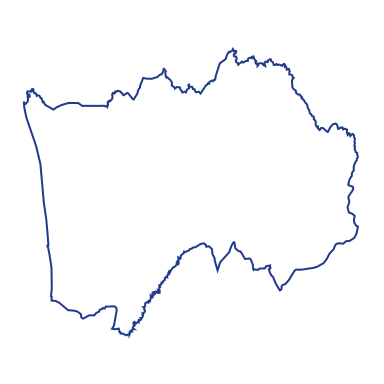 the district of Lamae, Chumphon, Thailand, rotated 179°
{"feature_id": "78962969B32380434667170", "entity_name": "Lamae", "entity_type": "district", "adm_level": 2, "iso_a3": "THA", "parent_name": "Thailand", "parent_adm1": "Chumphon", "projection": "equal_earth", "projection_center": [99.012, 9.761], "detail": "fine", "context": "isolated", "style": "outline", "palette": "blue", "viewbox_px": 384, "rotation_deg": 179, "n_neighbors": 0, "source": "geoboundaries", "source_scale": "gbopen_adm2", "svg_char_len": 5933}
<svg xmlns="http://www.w3.org/2000/svg" viewBox="0 0 384 384"><g transform="rotate(179 192 192)"><path d="M334.1,89.7L334.3,85.9L330.0,85.4L326.3,83.3L318.0,76.0L311.7,75.4L308.5,74.3L305.2,71.8L304.9,68.6L303.2,67.3L296.9,70.5L291.8,70.4L289.8,72.8L287.0,74.0L286.7,75.3L285.9,76.0L283.5,76.8L283.3,77.5L281.3,77.0L280.3,78.9L271.2,79.0L269.6,77.3L269.4,74.8L272.4,59.5L274.3,56.7L271.6,56.1L267.6,56.7L267.0,53.3L266.2,53.1L265.9,51.7L263.8,51.7L260.1,49.8L257.2,51.3L257.1,50.2L256.6,51.3L256.8,53.1L254.7,53.4L255.2,54.1L254.3,54.0L254.5,55.0L253.8,56.0L252.3,55.9L253.2,56.6L253.4,58.3L250.9,60.2L251.9,60.0L252.6,60.9L251.8,61.3L252.7,62.0L252.4,62.9L251.7,63.2L250.9,61.7L250.0,61.6L248.2,63.3L247.5,62.8L247.4,65.0L246.4,64.6L245.3,65.2L245.0,65.7L245.6,66.8L244.6,66.7L243.7,67.6L243.6,71.0L242.9,70.3L242.6,72.0L241.5,72.9L241.0,74.4L242.1,76.2L241.7,77.2L242.5,77.8L241.3,78.0L240.8,78.8L240.8,81.4L238.9,82.7L237.6,82.1L237.3,83.8L236.0,83.3L234.9,87.4L235.1,88.7L233.6,87.2L233.1,87.7L233.6,90.0L233.1,92.3L231.1,92.7L231.3,90.4L230.3,91.3L229.6,93.1L228.5,92.5L227.9,93.1L227.5,91.6L226.9,91.7L227.5,94.1L226.1,93.0L226.5,97.2L225.5,97.6L226.4,99.2L224.2,100.2L224.2,101.9L222.7,102.1L222.3,103.6L220.7,104.5L220.7,106.5L219.5,107.4L218.5,107.1L218.8,108.0L218.1,108.2L217.9,109.6L216.4,110.1L217.1,111.7L216.5,112.7L216.0,111.9L215.3,112.0L215.1,113.8L214.3,114.0L212.3,117.0L211.0,117.3L208.8,119.3L208.6,121.0L208.2,121.0L208.2,120.2L207.0,119.9L206.4,122.0L207.9,122.9L206.6,124.0L206.9,126.9L204.8,125.6L204.1,129.0L201.4,130.8L200.9,132.6L199.6,132.1L195.8,133.8L195.1,135.0L193.0,135.4L192.5,136.3L189.4,136.8L184.3,139.9L180.9,140.4L178.9,138.6L178.7,137.1L175.9,137.4L172.9,134.4L172.7,129.7L170.6,125.7L170.4,122.8L167.8,113.2L165.1,121.2L155.8,131.2L153.6,137.2L152.2,139.9L150.9,141.1L150.4,140.5L149.7,135.1L146.6,132.1L144.4,131.6L140.1,124.1L135.7,124.5L134.5,123.6L132.3,117.9L132.4,115.2L131.7,113.0L130.7,113.6L127.4,112.9L126.0,114.2L120.4,114.4L119.2,116.4L115.2,117.2L115.5,115.6L115.0,115.3L115.0,114.2L116.5,113.4L115.6,110.1L113.8,106.7L112.6,106.0L110.1,99.5L105.9,92.1L104.9,92.5L104.3,93.5L103.9,96.5L102.8,97.5L100.3,98.3L96.8,102.1L91.1,111.1L89.6,112.6L83.9,112.4L71.6,114.1L68.4,115.0L61.9,118.4L58.8,122.1L55.5,128.1L51.3,132.4L49.9,136.0L48.7,137.5L46.1,138.2L41.6,137.7L38.9,140.1L35.3,140.3L30.5,143.3L28.2,147.5L26.7,154.6L28.3,155.2L30.4,158.8L30.6,160.9L29.8,165.3L32.1,167.5L35.3,168.6L36.8,173.8L35.0,179.0L35.0,180.7L35.8,183.1L35.4,185.2L31.5,190.6L30.7,192.9L31.1,194.4L35.3,196.0L35.7,196.8L34.0,202.4L31.9,205.4L31.7,208.4L29.8,211.0L29.9,214.1L28.9,217.2L27.9,219.6L26.8,220.4L26.6,222.2L25.5,224.4L26.1,226.1L26.1,228.0L27.7,229.0L27.8,230.4L28.7,231.8L28.2,234.5L28.9,235.3L28.2,238.0L28.7,239.5L28.1,242.2L28.8,243.2L29.2,246.3L30.5,247.2L32.7,245.2L33.3,247.9L34.0,248.1L35.3,246.4L36.2,249.2L35.9,251.6L37.8,252.6L39.9,252.0L40.1,253.4L40.9,254.1L41.8,253.5L43.0,253.7L43.6,252.7L44.8,252.6L45.8,256.7L47.2,258.0L49.9,257.3L52.6,254.3L54.9,249.9L55.5,249.7L60.2,253.8L61.8,253.7L63.3,251.8L64.9,253.3L64.8,255.3L66.1,255.0L67.2,257.0L67.1,260.6L69.1,263.1L68.7,264.0L69.1,265.3L70.7,265.9L71.4,267.6L72.8,268.6L73.4,271.9L74.6,273.8L75.5,277.6L77.5,279.8L78.7,282.2L79.8,282.8L80.2,284.4L80.8,284.2L81.0,285.8L81.7,286.0L82.5,287.5L84.2,287.6L86.1,289.1L86.5,291.6L88.7,293.2L89.8,294.9L90.1,301.9L88.5,304.1L89.3,304.2L89.3,305.8L90.1,307.4L92.6,307.8L92.7,309.3L92.1,311.1L92.8,312.0L92.9,313.3L95.2,312.7L95.4,315.1L96.1,316.1L97.0,315.6L97.3,317.0L96.9,317.7L97.4,318.5L98.6,318.1L99.7,316.6L102.4,317.9L104.4,317.5L105.3,318.6L106.5,317.6L108.0,317.6L108.8,320.2L110.8,321.9L110.8,323.2L111.6,323.4L113.6,322.3L113.8,320.9L114.4,320.4L116.0,321.2L116.9,320.3L117.2,319.2L116.6,316.7L118.7,317.9L119.0,319.1L120.6,319.6L123.4,319.2L123.6,317.7L124.3,316.9L124.4,319.2L125.7,319.2L126.3,320.2L125.5,321.8L126.5,322.3L127.4,324.0L128.4,327.4L128.5,325.3L129.9,325.8L130.0,324.8L131.9,325.2L133.5,324.4L133.9,322.1L135.4,322.3L138.7,320.5L139.8,321.5L143.6,318.5L144.1,320.4L145.4,320.9L146.0,322.0L145.8,323.2L144.9,324.2L145.4,326.5L147.4,326.8L147.9,327.9L147.3,329.9L146.1,329.7L145.3,331.8L145.8,332.3L147.6,332.2L148.6,334.2L149.5,332.5L151.8,331.1L152.4,331.6L154.3,329.3L156.0,324.3L162.0,320.1L166.2,307.7L166.9,303.9L168.3,303.4L169.0,302.4L169.9,303.1L172.5,301.9L173.0,299.9L174.1,300.4L174.9,299.1L176.2,298.4L181.7,290.3L183.4,292.1L186.3,291.7L187.4,293.3L187.6,294.7L189.2,294.9L190.0,297.1L192.7,297.4L193.2,299.4L193.8,298.9L193.1,295.8L195.1,294.6L196.4,291.7L197.2,292.5L199.9,291.7L200.3,293.0L201.7,294.3L202.2,296.8L205.3,297.2L207.3,295.8L207.4,296.7L210.4,298.8L210.1,301.7L211.7,304.3L214.7,307.1L215.3,306.7L215.9,307.2L216.7,311.3L216.0,312.9L217.8,315.7L218.3,315.6L218.4,314.1L219.8,310.7L222.9,309.2L224.3,307.7L230.3,305.9L235.5,306.1L238.8,306.9L242.1,298.9L242.2,297.3L243.5,295.8L244.6,293.0L244.8,291.5L248.7,285.5L249.5,285.8L254.2,291.9L255.3,292.1L258.6,289.9L259.4,290.4L260.2,292.2L261.5,292.8L261.9,293.8L264.9,294.6L265.8,293.5L267.2,293.7L267.7,291.3L267.9,292.3L268.3,291.7L269.5,292.3L270.2,290.9L269.8,288.9L270.2,286.4L272.4,284.2L272.8,284.8L273.9,284.2L274.2,283.0L274.8,282.9L274.4,280.9L275.1,278.8L275.6,279.9L276.8,279.0L278.4,279.7L300.2,280.0L304.2,282.9L313.7,283.2L320.7,281.3L326.1,278.9L329.1,276.8L337.4,281.8L338.7,284.8L339.7,284.4L340.8,288.3L341.7,288.6L342.8,290.8L344.5,291.4L345.4,290.8L346.5,293.4L348.1,293.7L348.5,295.4L349.1,295.5L348.7,296.8L349.2,297.8L350.7,297.3L351.1,295.2L354.7,295.5L355.3,294.3L354.8,292.2L352.9,292.4L352.6,290.2L353.0,289.9L354.0,290.6L354.7,290.1L354.3,287.3L354.7,285.3L357.0,282.8L357.8,282.9L358.5,285.3L358.3,279.9L356.4,269.7L347.1,240.8L343.1,222.7L340.3,183.7L338.2,167.3L337.3,155.0L336.5,141.0L337.1,140.3L337.5,141.7L337.6,140.4L336.8,138.8L335.5,131.4L333.8,119.1L333.9,97.7L334.8,90.3L334.1,89.7Z" fill="none" stroke="#1e3a8a" stroke-width="2"/></g></svg>